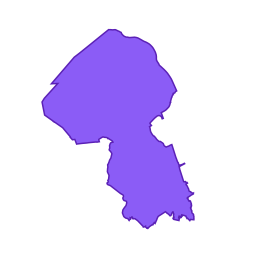 the district of Leudal, Limburg, Netherlands, rotated 287°
{"feature_id": "6326949B97609854971564", "entity_name": "Leudal", "entity_type": "district", "adm_level": 2, "iso_a3": "NLD", "parent_name": "Netherlands", "parent_adm1": "Limburg", "projection": "mercator", "projection_center": [5.85, 51.234], "detail": "fine", "context": "isolated", "style": "filled", "palette": "violet", "viewbox_px": 256, "rotation_deg": 287, "n_neighbors": 0, "source": "geoboundaries", "source_scale": "gbopen_adm2", "svg_char_len": 5445}
<svg xmlns="http://www.w3.org/2000/svg" viewBox="0 0 256 256"><g transform="rotate(287 128 128)"><path d="M217.4,93.5L217.4,92.8L217.8,91.6L218.0,89.3L218.2,88.6L218.3,87.2L218.2,86.7L217.9,86.0L217.3,84.5L217.1,83.4L217.0,82.9L216.4,80.7L196.4,67.2L185.2,59.6L180.0,55.9L147.9,41.8L150.0,47.8L131.9,39.3L127.7,38.2L116.0,44.5L112.8,54.1L112.6,54.2L112.2,55.4L112.4,55.4L109.2,65.4L104.7,72.3L102.8,75.3L102.3,75.3L100.5,78.3L100.6,78.5L101.5,80.5L97.7,83.5L97.8,83.6L97.7,83.7L99.8,88.4L101.7,93.1L102.5,94.8L104.7,100.1L105.3,101.6L105.4,102.4L106.5,104.6L108.3,103.4L108.6,103.4L111.5,105.9L112.1,106.6L112.2,107.0L112.2,108.2L112.6,109.9L112.6,111.0L112.5,111.3L112.5,111.7L112.0,111.8L112.1,112.6L112.1,112.9L111.1,116.3L111.1,116.6L110.1,117.7L108.9,116.0L108.5,115.7L108.0,115.6L105.8,115.5L103.5,116.4L103.2,116.4L102.0,116.3L101.6,116.4L101.3,116.7L100.3,118.4L99.0,119.9L98.6,120.1L94.3,120.4L91.8,119.8L90.1,119.8L87.9,119.6L87.1,119.3L86.8,119.3L84.7,120.2L82.9,120.4L82.2,120.6L80.4,121.0L80.1,121.1L77.1,123.7L76.7,123.8L73.2,124.4L72.9,124.3L72.0,124.0L71.2,124.7L70.7,124.8L70.2,124.7L69.7,124.2L69.4,124.1L69.1,124.2L68.5,124.6L68.4,124.5L67.9,125.3L67.9,126.1L67.8,126.6L67.8,127.4L67.7,128.1L63.3,139.6L63.2,139.8L62.6,142.4L62.4,142.9L62.2,143.2L61.7,143.5L61.1,143.7L60.7,143.7L59.8,143.5L59.5,143.6L59.1,143.7L58.3,144.3L57.8,144.9L57.7,145.1L57.5,145.4L57.5,145.8L57.5,147.0L57.5,147.5L57.3,147.9L56.9,148.3L56.2,148.6L55.4,148.7L53.3,148.8L50.7,147.8L48.3,147.1L47.9,147.1L45.5,147.4L45.1,147.5L42.3,149.7L41.9,150.2L41.3,151.8L41.2,152.3L41.3,154.1L41.2,154.4L41.0,154.8L40.1,155.8L39.9,156.1L40.8,156.3L41.5,157.0L41.7,156.8L42.9,156.3L42.9,156.8L43.1,157.8L43.3,157.8L44.6,157.5L43.1,158.7L43.2,158.9L42.6,159.3L43.3,161.1L42.2,164.3L38.2,171.4L37.8,171.6L37.9,171.8L37.9,172.0L38.5,172.8L38.9,173.2L38.5,173.2L38.3,174.3L38.3,175.2L37.7,175.2L37.7,176.3L40.0,177.4L43.0,179.8L42.8,180.1L45.3,180.8L44.7,181.8L48.8,182.3L50.0,182.3L52.3,182.7L58.9,188.3L57.9,190.3L58.0,190.4L57.2,192.4L56.3,193.9L56.5,194.1L56.7,194.5L56.9,194.6L57.9,194.8L59.3,194.9L60.7,195.2L60.9,195.6L60.0,196.2L59.1,196.9L58.8,197.0L58.2,196.9L56.3,197.7L56.1,197.8L56.1,198.0L55.8,198.0L55.6,198.1L55.3,197.5L55.1,197.5L54.6,197.5L54.1,198.2L54.0,198.5L54.4,203.8L55.0,203.7L55.9,203.5L56.0,203.6L56.3,203.5L56.5,203.6L57.3,204.1L57.1,203.5L57.0,202.7L58.6,202.6L58.9,204.9L58.4,204.9L58.3,205.1L58.9,205.2L59.6,205.6L60.0,204.8L60.7,204.8L60.8,207.6L60.7,207.9L60.7,209.1L60.3,209.3L59.9,209.8L59.4,210.1L58.7,210.9L59.1,211.2L58.1,213.1L57.5,214.2L58.8,214.5L59.5,217.8L59.9,217.7L60.1,217.7L60.4,217.4L60.7,217.5L62.0,217.0L62.3,217.0L62.7,216.8L63.0,216.7L63.4,216.3L63.5,216.3L63.7,216.1L64.1,216.1L64.5,215.9L64.6,215.7L65.0,215.2L65.1,214.9L65.2,214.6L65.5,214.1L66.2,213.6L66.6,213.5L66.8,213.5L66.9,213.3L67.2,213.3L67.3,213.3L67.3,213.1L67.9,212.7L68.2,212.6L68.3,212.5L68.4,212.3L69.0,211.8L69.2,211.5L69.5,211.6L69.9,211.4L70.1,211.2L70.2,211.3L70.3,211.5L70.4,211.4L70.6,211.2L70.8,211.2L71.4,211.4L71.6,211.3L71.8,211.5L72.0,211.4L72.3,211.5L72.5,211.2L73.2,210.9L73.4,210.7L73.6,210.7L73.8,210.9L76.4,209.0L76.0,208.4L76.4,208.0L76.1,207.4L76.9,206.8L77.4,206.1L78.1,205.3L78.6,205.8L79.0,205.3L80.9,207.0L82.4,208.1L83.4,209.2L84.1,209.8L84.9,209.6L84.7,209.4L84.7,208.1L84.7,207.2L84.9,207.1L85.4,206.7L85.4,205.4L85.6,204.9L86.1,204.5L87.4,203.8L88.5,202.7L89.8,201.6L90.1,201.2L90.5,200.5L90.8,200.1L91.3,199.9L91.7,200.3L91.9,200.3L92.4,200.8L92.7,201.0L93.1,200.4L92.8,200.3L92.5,199.9L93.5,198.6L93.1,198.3L93.2,197.7L93.0,196.9L102.4,190.4L102.9,190.1L103.2,189.8L103.7,189.5L104.7,189.0L106.1,188.2L106.8,189.1L107.6,189.8L109.7,191.9L110.4,192.6L110.7,192.2L109.6,191.2L108.4,189.7L108.2,189.4L107.7,188.6L107.8,188.4L107.4,187.6L108.9,186.5L109.1,186.5L109.4,186.3L109.5,186.0L109.5,185.9L110.6,184.9L113.4,182.8L113.7,182.5L124.9,174.8L124.7,174.6L124.8,174.5L124.1,173.6L122.4,172.0L122.2,171.8L121.9,171.1L121.1,170.3L121.0,169.8L121.4,168.4L121.4,168.2L121.7,167.7L122.0,167.4L123.3,166.4L123.8,165.5L123.9,165.1L124.6,162.9L124.5,162.5L124.2,161.6L124.3,161.3L125.5,158.8L126.4,157.7L127.8,155.6L127.9,155.3L127.8,154.9L127.9,154.6L128.8,153.2L130.6,151.2L131.8,150.3L133.1,149.7L134.7,148.9L135.6,148.2L137.2,149.7L138.8,147.6L139.3,147.6L144.1,150.0L145.4,150.7L147.4,152.0L148.1,152.5L148.6,153.2L149.0,154.0L149.0,154.7L149.0,155.3L148.7,156.2L148.3,156.8L146.8,158.0L147.5,158.9L152.4,155.3L154.9,157.8L156.1,158.8L157.1,159.4L159.7,160.7L160.2,160.9L160.7,161.0L162.2,161.2L164.5,161.1L164.7,160.9L165.2,161.3L165.7,160.9L166.2,160.9L168.2,160.8L170.4,160.8L170.6,161.0L170.8,160.9L171.1,160.9L172.5,161.0L172.9,161.2L173.1,161.5L173.2,161.4L173.1,161.2L173.8,161.1L174.5,161.2L174.6,161.4L174.6,161.7L174.7,162.1L174.7,162.5L174.7,162.3L176.7,162.8L177.7,163.7L185.4,157.0L187.5,155.1L189.1,153.3L190.3,151.8L191.9,149.8L193.2,147.7L194.3,145.7L196.4,141.4L196.6,140.9L197.2,139.6L198.4,138.6L200.2,136.4L201.3,135.5L201.3,135.4L202.5,134.9L204.5,134.3L206.1,133.6L207.3,132.8L208.3,132.1L209.1,131.4L211.0,129.5L211.9,128.5L212.8,127.2L213.3,126.3L213.9,125.2L214.6,123.6L215.1,121.5L215.3,120.5L215.6,117.6L216.4,114.2L217.0,111.2L217.0,109.7L216.9,108.8L216.7,107.5L216.5,107.1L215.1,103.5L214.9,102.8L214.8,102.3L214.8,101.2L214.6,100.6L214.4,99.7L214.5,98.4L214.6,97.8L214.8,97.0L215.3,96.0L215.7,95.2L216.2,94.6L216.6,94.1L217.4,93.5Z" fill="#8b5cf6" stroke="#5b21b6" stroke-width="1.5"/></g></svg>